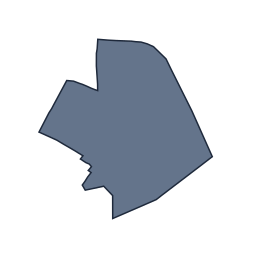 Onitsha South, Anambra, Nigeria, rotated 222°
{"feature_id": "59680162B59497895637604", "entity_name": "Onitsha South", "entity_type": "district", "adm_level": 2, "iso_a3": "NGA", "parent_name": "Nigeria", "parent_adm1": "Anambra", "projection": "robinson", "projection_center": [6.781, 6.141], "detail": "fine", "context": "isolated", "style": "filled", "palette": "slate", "viewbox_px": 256, "rotation_deg": 222, "n_neighbors": 0, "source": "geoboundaries", "source_scale": "gbopen_adm2", "svg_char_len": 742}
<svg xmlns="http://www.w3.org/2000/svg" viewBox="0 0 256 256"><g transform="rotate(222 128 128)"><path d="M201.3,180.2L209.8,173.7L203.9,166.2L201.5,162.4L193.0,152.9L190.2,150.2L180.0,140.3L175.6,135.5L178.4,134.3L181.8,133.0L186.9,131.4L191.2,129.9L193.9,128.7L199.8,126.4L205.3,122.3L198.7,95.3L197.7,91.4L196.9,86.4L191.4,65.4L172.9,71.3L164.7,72.9L153.3,75.3L142.9,77.2L142.6,73.1L136.1,74.1L132.6,75.3L129.3,74.8L129.1,69.8L125.6,70.2L125.2,64.7L124.3,59.6L123.8,55.0L118.2,53.2L107.1,68.5L94.2,67.5L78.8,50.5L59.1,93.7L57.8,101.1L49.2,146.7L46.2,163.1L91.9,183.4L133.9,199.9L146.0,204.8L163.4,205.5L170.0,203.4L175.8,200.6L180.0,197.3L183.7,194.7L195.1,185.2L201.3,180.2Z" fill="#64748b" stroke="#1e293b" stroke-width="1.5"/></g></svg>